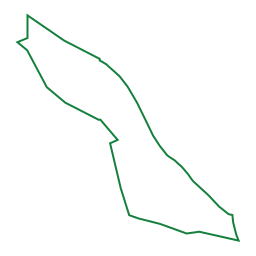 the district of Grande Riviere/Funier, Dennery, Saint Lucia
{"feature_id": "8701671B45029066757980", "entity_name": "Grande Riviere/Funier", "entity_type": "district", "adm_level": 2, "iso_a3": "LCA", "parent_name": "Saint Lucia", "parent_adm1": "Dennery", "projection": "albers", "projection_center": [-60.933, 13.933], "detail": "fine", "context": "isolated", "style": "outline", "palette": "green", "viewbox_px": 256, "rotation_deg": 0, "n_neighbors": 0, "source": "geoboundaries", "source_scale": "gbopen_adm2", "svg_char_len": 666}
<svg xmlns="http://www.w3.org/2000/svg" viewBox="0 0 256 256"><path d="M17.4,42.2L27.2,50.3L46.8,87.2L65.3,102.7L98.7,119.8L100.3,119.6L117.6,139.9L110.1,143.3L120.7,188.1L129.2,215.2L138.3,218.4L160.0,223.9L186.6,233.5L196.6,232.1L199.1,231.7L238.6,240.6L236.2,234.5L233.2,222.5L232.9,219.9L232.4,215.0L229.6,214.4L228.5,214.1L219.1,206.6L208.3,195.1L192.9,181.0L190.8,178.1L188.2,174.4L181.8,166.8L179.1,164.5L174.5,160.2L170.4,157.6L167.2,155.3L159.9,146.1L153.0,135.5L147.9,124.9L137.1,102.8L127.7,86.8L119.6,76.3L108.7,66.5L106.3,64.3L102.5,62.0L99.7,60.4L99.7,58.9L64.2,40.6L27.5,15.4L27.5,38.0L17.4,42.2Z" fill="none" stroke="#15803d" stroke-width="2"/></svg>